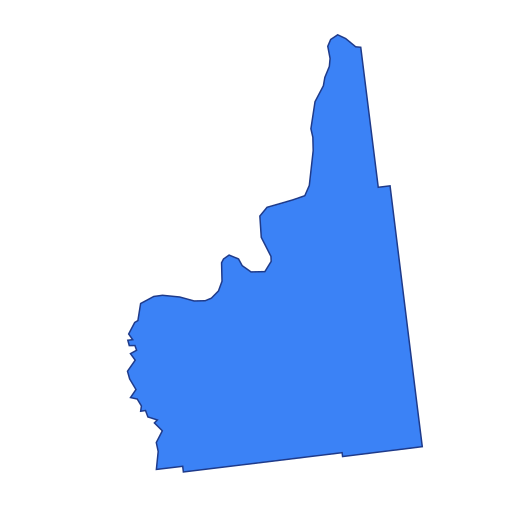 outline of Stanley, South Dakota, United States of America, rotated 263°
{"feature_id": "52423323B54523743279075", "entity_name": "Stanley", "entity_type": "district", "adm_level": 2, "iso_a3": "USA", "parent_name": "United States of America", "parent_adm1": "South Dakota", "projection": "mercator", "projection_center": [-100.59, 44.476], "detail": "fine", "context": "isolated", "style": "filled", "palette": "blue", "viewbox_px": 512, "rotation_deg": 263, "n_neighbors": 0, "source": "geoboundaries", "source_scale": "gbopen_adm2", "svg_char_len": 1025}
<svg xmlns="http://www.w3.org/2000/svg" viewBox="0 0 512 512"><g transform="rotate(263 256 256)"><path d="M450.4,385.4L451.5,380.4L460.9,371.5L465.6,364.0L461.8,356.5L455.4,352.8L443.0,353.6L435.2,351.9L424.9,346.1L416.7,343.6L402.0,333.4L375.6,326.0L366.9,326.9L353.6,325.6L319.5,317.5L309.9,311.8L307.2,299.2L303.0,272.9L295.2,264.7L273.9,263.5L253.8,270.8L248.8,270.4L239.4,262.9L240.8,249.1L248.1,241.1L255.2,238.3L260.2,229.4L257.0,223.4L253.5,221.0L235.1,219.2L225.9,214.5L219.6,206.6L217.8,200.1L218.9,189.1L224.6,175.3L228.4,158.4L228.3,149.6L222.9,135.7L206.3,130.9L204.8,127.5L194.1,120.1L188.0,123.4L188.0,118.5L182.5,119.3L181.9,124.9L177.0,126.0L174.4,119.5L167.3,123.4L157.3,114.4L149.4,115.6L138.1,120.6L130.8,114.2L128.5,120.7L121.1,124.0L116.0,122.6L116.1,127.5L109.4,129.1L105.3,138.1L102.7,134.8L93.9,141.7L83.0,134.3L73.9,135.1L56.3,131.1L56.2,157.6L50.5,157.6L50.3,317.5L46.4,317.5L46.5,397.8L85.9,397.7L309.3,397.6L309.3,385.7L450.4,385.4Z" fill="#3b82f6" stroke="#1e3a8a" stroke-width="1.5"/></g></svg>